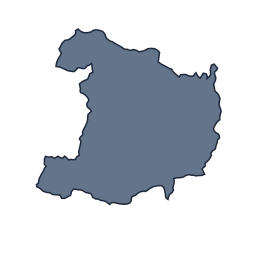 Sorocaba, São Paulo, Brazil (Robinson projection), rotated 108°
{"feature_id": "56859067B96974971144138", "entity_name": "Sorocaba", "entity_type": "district", "adm_level": 2, "iso_a3": "BRA", "parent_name": "Brazil", "parent_adm1": "São Paulo", "projection": "robinson", "projection_center": [-47.447, -23.47], "detail": "fine", "context": "isolated", "style": "filled", "palette": "slate", "viewbox_px": 256, "rotation_deg": 108, "n_neighbors": 0, "source": "geoboundaries", "source_scale": "gbopen_adm2", "svg_char_len": 3245}
<svg xmlns="http://www.w3.org/2000/svg" viewBox="0 0 256 256"><g transform="rotate(108 128 128)"><path d="M206.4,121.7L204.0,120.5L203.1,117.6L202.9,114.0L202.0,109.2L200.7,105.7L199.0,103.3L196.3,102.4L194.2,103.1L191.9,102.9L189.6,100.0L186.6,98.2L184.8,96.4L183.6,94.3L182.8,91.5L180.8,90.0L178.3,88.2L175.8,85.5L174.5,83.4L173.5,81.5L172.6,78.9L172.9,76.6L174.5,74.8L177.2,73.1L179.8,71.8L182.5,70.6L183.6,67.9L181.0,68.2L178.3,67.9L175.6,66.0L172.9,65.6L171.2,66.7L168.9,67.1L166.9,67.1L164.2,67.7L161.8,68.9L160.4,66.4L159.1,63.0L157.6,60.3L155.3,58.3L153.5,55.7L153.3,53.3L152.7,51.1L152.5,48.4L151.5,46.4L150.2,43.0L148.2,40.8L146.3,42.8L143.9,45.0L140.6,42.9L137.7,43.7L135.4,42.4L133.5,41.4L131.0,40.7L128.2,40.2L126.5,41.6L123.2,40.2L120.8,38.5L117.8,38.8L115.0,38.7L111.6,39.2L109.2,37.9L107.2,38.8L105.8,40.2L105.2,43.2L104.0,45.3L102.5,46.4L100.1,46.4L96.9,45.8L94.3,44.9L91.8,43.2L89.1,44.2L86.3,44.5L83.7,44.5L81.5,45.7L77.9,48.6L74.8,49.2L71.4,49.7L68.6,52.0L67.1,54.2L66.0,56.7L63.7,58.0L61.7,59.1L59.0,60.2L56.1,59.5L52.9,60.1L50.2,62.2L47.8,63.1L45.7,61.6L43.4,61.3L42.0,63.7L40.6,65.9L42.4,68.1L45.2,67.9L47.7,67.6L49.5,66.7L51.5,66.0L53.5,66.3L56.5,68.2L54.3,68.6L52.4,70.2L52.6,73.3L55.7,74.1L58.4,74.8L57.0,77.8L54.4,80.5L56.2,81.3L58.7,82.2L59.7,85.8L59.3,89.7L60.2,92.5L61.2,94.5L63.7,95.1L62.4,98.6L60.6,102.4L58.5,104.7L58.6,107.1L57.8,111.0L57.0,115.8L55.8,119.7L46.4,121.3L45.0,123.8L44.3,127.1L45.3,131.2L46.6,133.8L48.2,135.2L50.4,137.9L52.2,141.2L51.5,143.9L51.6,147.0L53.5,149.7L53.4,152.6L54.1,156.1L53.0,159.2L52.5,162.0L51.7,166.0L50.8,169.4L50.8,172.5L49.2,176.4L47.4,177.9L45.7,179.1L44.1,181.7L43.9,185.4L44.5,188.6L45.7,191.1L48.0,192.7L49.9,196.1L50.9,199.0L50.9,202.3L49.3,206.1L51.7,208.0L53.9,206.8L56.5,207.8L58.5,209.1L60.7,210.4L62.7,212.3L64.2,215.2L66.3,216.2L68.2,217.0L71.5,217.4L74.2,218.1L75.8,216.5L77.2,214.7L79.9,214.7L81.7,215.3L84.4,215.9L87.4,216.1L89.6,215.9L91.7,215.5L91.1,211.5L91.4,209.0L91.6,206.0L92.1,203.4L91.7,199.8L91.0,196.6L88.4,195.2L86.1,194.2L85.6,191.9L85.6,189.2L84.3,187.1L81.7,186.2L79.9,184.0L77.9,182.7L80.9,181.0L83.3,180.1L86.0,178.6L87.9,181.0L91.1,181.3L93.9,181.4L95.3,182.9L97.5,185.4L100.9,187.8L103.3,186.6L105.1,185.4L107.1,185.2L108.9,184.1L109.1,181.5L109.8,178.8L111.6,175.7L113.6,173.8L117.5,174.7L119.6,174.0L121.1,172.2L122.0,169.6L123.5,168.0L125.3,169.1L127.6,170.2L130.5,169.7L132.5,169.0L135.5,168.7L139.7,169.2L142.4,169.7L145.4,170.0L148.8,169.0L150.8,170.3L153.4,170.9L155.2,168.6L157.8,168.3L162.5,167.8L165.9,167.6L169.0,165.8L171.1,167.9L174.2,168.3L175.2,170.8L175.6,173.0L176.8,174.6L175.3,177.0L174.3,179.6L176.7,180.6L177.2,182.9L176.5,185.9L179.5,188.5L178.9,191.6L180.3,194.7L180.5,197.7L183.8,197.8L185.6,197.1L188.3,196.4L189.8,194.1L192.2,195.0L194.7,195.1L198.5,196.0L202.1,196.6L204.0,196.8L206.3,196.4L208.4,196.4L210.2,197.6L212.2,196.3L212.3,194.1L213.2,191.7L214.3,189.4L214.4,185.6L213.8,182.6L214.5,178.9L213.5,174.8L212.8,171.6L215.4,169.5L214.5,166.5L211.8,163.8L209.6,161.8L206.0,162.1L202.8,160.9L202.2,156.7L201.5,153.9L201.6,151.4L202.4,148.1L201.9,144.7L202.3,142.3L204.8,140.2L205.5,136.6L204.7,134.4L205.3,131.5L204.7,128.2L205.1,125.2L206.4,121.7Z" fill="#64748b" stroke="#1e293b" stroke-width="1.5"/></g></svg>